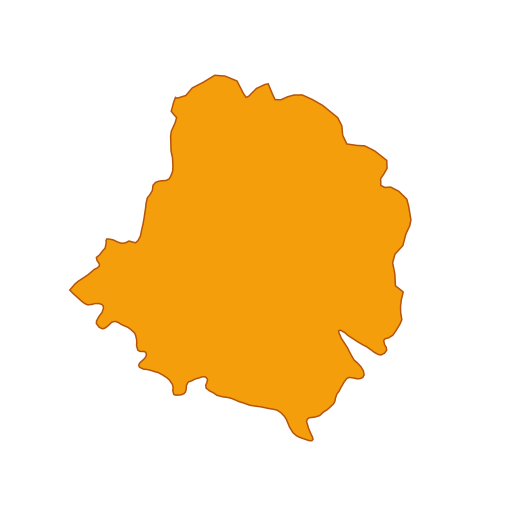 outline of Kastsyukovichy, Mogilev, Belarus, rotated 218°
{"feature_id": "67162791B14569635979911", "entity_name": "Kastsyukovichy", "entity_type": "district", "adm_level": 2, "iso_a3": "BLR", "parent_name": "Belarus", "parent_adm1": "Mogilev", "projection": "albers", "projection_center": [31.992, 53.27], "detail": "fine", "context": "isolated", "style": "filled", "palette": "amber", "viewbox_px": 512, "rotation_deg": 218, "n_neighbors": 0, "source": "geoboundaries", "source_scale": "gbopen_adm2", "svg_char_len": 3555}
<svg xmlns="http://www.w3.org/2000/svg" viewBox="0 0 512 512"><g transform="rotate(218 256 256)"><path d="M381.8,114.5L376.8,113.8L371.6,113.5L365.5,113.0L361.6,113.1L358.5,113.9L355.2,117.1L354.0,119.0L350.4,121.9L347.5,122.9L345.7,122.6L344.0,120.8L342.6,116.8L342.6,113.4L342.4,110.8L341.7,106.7L340.2,104.5L335.6,103.3L332.1,104.1L330.6,106.3L329.7,109.5L328.9,115.1L326.7,117.8L323.6,118.8L320.3,119.1L317.1,119.8L313.2,120.9L309.7,121.0L304.3,120.6L301.7,119.1L298.7,116.7L296.7,114.3L294.9,111.8L291.3,109.1L288.8,109.3L287.3,110.4L285.3,111.9L283.7,112.2L281.9,111.1L281.1,109.8L280.7,107.6L280.9,105.2L281.5,102.0L281.8,99.7L281.0,97.5L279.4,96.7L276.9,97.1L274.5,97.8L272.7,99.1L270.1,100.4L267.2,101.6L264.9,102.4L261.3,103.9L256.9,104.7L251.7,105.2L248.1,105.0L242.7,103.3L240.4,101.4L238.6,98.6L235.6,96.3L234.0,96.7L231.9,98.3L229.6,100.4L228.0,103.3L227.9,105.5L229.1,108.3L231.2,111.3L231.8,114.9L229.9,118.0L228.1,121.8L226.1,124.4L224.3,127.3L222.3,129.2L220.3,129.6L218.1,128.8L216.7,125.8L216.1,123.3L214.0,121.2L209.5,121.1L205.9,121.9L200.9,122.2L195.4,124.6L191.2,127.1L187.9,128.6L183.4,129.9L179.6,130.8L176.2,132.2L169.0,134.6L164.4,137.1L159.2,140.2L152.4,143.5L148.2,145.8L144.4,147.5L140.0,147.9L134.7,147.1L131.6,146.0L128.1,144.0L124.4,141.9L120.8,140.5L117.7,139.5L113.6,139.3L110.6,139.8L106.9,141.0L104.5,141.8L100.5,143.2L98.3,144.8L98.3,145.2L98.2,146.6L99.9,148.0L103.9,150.0L106.4,151.4L109.1,152.9L110.5,154.1L113.2,155.9L114.6,157.0L115.0,159.7L114.5,161.3L111.9,163.8L109.9,166.0L107.6,169.4L106.7,174.8L105.2,178.9L104.5,183.0L103.9,187.4L104.4,190.1L106.1,193.5L107.3,197.1L107.3,200.5L108.0,204.1L108.5,207.5L109.0,211.1L109.0,215.5L107.9,217.6L105.0,219.4L100.7,221.5L98.7,223.2L97.1,225.9L97.6,228.9L100.7,231.6L105.0,233.3L110.2,234.2L114.7,234.4L119.2,236.2L123.7,238.2L126.9,239.8L134.3,242.4L138.3,243.7L141.3,245.5L143.3,246.4L144.8,248.0L143.7,249.6L142.2,249.8L138.8,250.3L134.7,250.0L129.1,250.5L122.9,251.0L117.7,251.7L113.0,252.6L106.7,252.9L103.3,252.9L98.6,253.8L96.6,255.0L94.9,258.5L95.0,262.2L97.0,264.1L100.1,265.3L103.3,267.9L103.3,270.4L101.1,273.1L99.4,277.9L99.8,284.1L100.6,290.7L101.9,295.6L107.2,300.5L111.1,305.3L114.6,311.1L117.8,318.2L118.3,318.3L127.8,318.4L135.6,327.4L144.2,334.8L147.6,343.0L146.7,354.7L151.4,365.5L153.5,374.6L156.1,379.8L166.0,388.9L172.1,393.6L183.3,394.9L192.4,393.2L196.7,389.3L201.1,388.5L205.4,393.7L205.8,399.7L206.7,405.8L211.8,411.8L227.0,411.9L238.2,409.7L244.3,405.4L253.4,400.2L262.0,404.5L268.5,411.4L276.7,415.3L296.2,415.7L307.9,414.0L318.7,411.4L325.2,406.2L329.1,401.0L332.5,394.5L337.2,391.0L341.6,393.1L352.4,399.2L354.6,396.6L358.8,388.3L360.1,377.5L361.4,374.9L365.7,376.2L378.7,382.2L391.2,378.7L399.8,373.0L404.5,360.5L409.7,349.2L410.1,339.3L415.2,331.9L417.1,331.4L415.4,326.0L413.4,321.5L411.9,317.8L406.9,316.7L403.8,316.2L401.8,311.4L400.9,307.7L399.5,302.1L396.9,297.6L392.4,292.3L387.8,286.6L382.2,281.9L376.8,275.7L373.9,271.5L372.5,267.0L371.9,263.4L373.3,260.2L376.6,257.3L378.5,255.3L380.5,252.2L380.7,248.3L378.0,243.8L377.4,239.4L377.4,234.9L375.2,230.1L372.3,225.4L368.9,219.3L367.8,217.5L364.7,211.6L362.0,205.8L359.4,200.6L358.5,195.7L359.0,192.3L361.7,191.1L365.3,189.6L367.1,185.8L370.0,183.1L374.1,181.7L378.1,180.9L381.1,179.5L384.0,177.7L383.8,176.0L382.0,173.9L379.7,169.2L380.0,166.2L380.0,160.4L380.9,156.6L378.7,154.7L376.7,154.0L374.4,153.2L373.3,151.5L373.8,148.6L375.2,145.9L376.0,141.7L377.0,137.2L378.6,132.4L380.4,127.2L381.4,122.9L381.8,114.5Z" fill="#f59e0b" stroke="#b45309" stroke-width="1.5"/></g></svg>